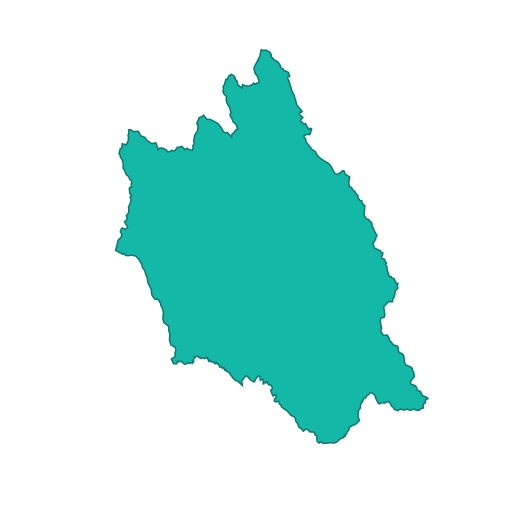 outline of Paucartambo, Cusco, Peru, rotated 167°
{"feature_id": "86281439B72784044291382", "entity_name": "Paucartambo", "entity_type": "district", "adm_level": 2, "iso_a3": "PER", "parent_name": "Peru", "parent_adm1": "Cusco", "projection": "equal_earth", "projection_center": [-71.544, -13.17], "detail": "fine", "context": "isolated", "style": "filled", "palette": "teal", "viewbox_px": 512, "rotation_deg": 167, "n_neighbors": 0, "source": "geoboundaries", "source_scale": "gbopen_adm2", "svg_char_len": 6084}
<svg xmlns="http://www.w3.org/2000/svg" viewBox="0 0 512 512"><g transform="rotate(167 256 256)"><path d="M184.4,418.7L185.4,422.0L184.9,423.0L182.8,423.5L183.0,427.5L187.2,430.7L187.7,432.4L189.3,433.4L189.8,437.1L191.1,440.3L194.7,443.5L195.3,445.4L196.6,446.6L195.8,448.3L196.6,451.4L199.8,454.3L203.6,455.0L204.5,455.9L207.6,449.4L215.0,440.7L215.9,438.9L215.8,434.3L214.2,430.8L213.7,425.1L214.3,424.1L216.9,424.3L218.2,423.5L219.6,425.1L220.7,424.0L224.2,423.1L228.0,424.1L230.4,426.0L231.9,422.8L235.2,426.8L235.1,430.6L236.2,432.0L236.3,434.5L237.1,436.6L239.2,438.6L241.9,437.7L243.9,434.9L245.6,435.0L248.2,430.1L250.0,428.6L250.0,426.7L251.3,423.3L250.4,420.4L248.9,418.2L249.9,414.4L250.0,411.8L248.4,406.7L248.1,401.4L249.4,399.9L249.5,397.5L248.7,396.0L248.1,391.8L245.9,388.8L245.3,383.6L247.3,383.4L250.1,380.9L252.1,380.0L253.0,377.2L256.1,382.7L259.0,383.4L259.6,384.1L261.4,390.0L263.6,394.0L270.0,399.5L273.0,400.2L275.4,405.1L277.2,404.0L280.2,403.6L284.0,398.4L283.3,396.4L283.4,394.9L285.3,390.4L286.7,389.5L289.3,386.1L289.3,385.2L290.7,382.8L291.2,378.9L292.6,377.9L293.3,374.4L294.3,373.5L297.6,374.9L298.9,376.6L301.2,375.5L303.7,379.6L306.2,379.1L308.0,379.7L311.4,376.9L312.8,377.0L313.9,377.9L317.5,377.0L318.8,377.4L319.5,379.6L322.9,382.3L325.9,382.8L327.5,381.6L327.9,388.3L328.6,388.9L332.3,388.9L336.5,393.5L337.5,396.5L341.3,399.1L342.6,404.0L347.7,404.8L349.0,406.6L350.7,407.7L351.7,407.6L352.0,404.9L353.5,402.4L353.6,400.1L354.8,396.6L357.4,393.6L361.1,395.4L362.5,391.3L364.1,391.1L366.5,386.4L365.6,384.6L365.9,383.5L364.6,378.7L364.6,375.8L365.8,371.6L365.1,370.2L364.1,364.3L362.2,362.1L361.8,359.1L360.7,358.0L360.6,355.3L361.2,354.5L361.8,351.3L363.5,351.2L364.3,350.2L364.9,345.4L363.5,342.8L365.4,341.8L365.1,339.3L366.4,336.0L369.3,332.3L369.2,330.7L370.4,326.7L373.3,324.5L373.1,322.2L374.1,320.1L376.3,319.1L375.7,316.0L374.4,313.6L375.4,312.0L377.6,311.7L379.7,313.3L381.2,312.8L382.8,310.0L381.9,308.1L382.3,306.4L383.4,304.3L386.7,302.6L391.5,293.0L385.6,287.8L384.4,288.1L382.9,285.9L380.4,285.0L377.8,285.1L373.2,283.1L370.9,279.0L369.2,273.5L369.2,270.6L367.8,267.1L367.4,261.1L366.8,259.5L367.4,254.7L365.5,246.5L366.3,242.1L365.6,239.4L364.1,236.6L361.8,236.1L360.9,235.0L359.7,231.6L359.8,228.6L359.1,227.2L358.9,222.0L360.8,216.0L360.8,212.0L356.9,207.2L357.8,202.3L357.5,199.4L359.3,193.3L359.2,191.3L358.8,188.4L355.5,185.3L355.2,183.1L355.4,181.8L356.8,179.7L357.5,176.1L361.6,174.7L360.6,169.6L357.6,168.8L356.1,171.4L355.3,170.2L352.9,170.5L349.9,166.6L348.1,166.5L346.9,167.4L345.3,166.3L342.8,166.6L342.0,165.7L341.3,167.4L340.4,167.0L340.3,169.4L339.0,170.1L339.2,171.8L338.9,172.0L338.1,170.9L336.4,171.8L335.1,171.3L334.3,169.8L333.5,169.8L333.3,169.0L332.2,168.4L330.5,168.9L329.5,167.7L328.3,168.1L326.7,167.3L326.2,167.8L325.8,164.2L325.1,164.8L324.8,164.1L323.7,164.0L323.7,163.0L320.8,162.0L320.7,160.9L320.0,161.3L319.4,160.1L318.3,161.0L317.7,159.3L316.8,159.0L316.3,155.8L314.6,155.8L313.9,154.0L312.4,154.6L312.0,151.6L310.8,151.8L310.7,150.2L308.8,149.0L306.0,142.4L304.0,139.3L302.0,138.2L298.4,133.0L298.2,136.2L297.5,137.8L293.3,141.4L291.4,140.7L289.4,136.7L286.4,133.8L285.5,134.0L284.5,135.8L281.8,138.1L280.2,138.7L279.4,137.2L279.7,133.8L277.7,134.5L276.8,133.5L277.8,129.8L277.3,129.6L276.6,131.0L275.1,130.3L273.6,131.1L273.1,130.3L273.5,129.4L272.3,127.4L271.0,127.2L270.0,125.8L269.6,123.4L271.9,121.8L271.1,116.0L270.4,115.6L268.9,116.7L267.7,115.8L268.3,113.8L270.2,112.4L270.8,110.4L269.8,109.4L266.6,109.4L266.5,106.5L265.5,105.5L264.9,102.8L260.4,97.9L257.6,92.6L255.1,91.0L254.3,89.1L254.3,85.8L253.2,83.3L252.7,79.5L251.2,78.2L249.3,74.6L246.3,76.2L244.3,74.8L243.2,72.5L239.3,71.4L238.8,70.7L238.9,69.1L237.1,66.6L237.9,64.4L238.1,61.4L236.5,59.5L234.5,60.6L233.0,58.4L224.6,57.1L222.0,56.1L218.4,56.9L216.6,58.2L213.2,59.4L211.6,59.2L211.3,60.4L209.6,60.2L208.6,62.6L207.6,62.4L207.1,63.9L205.0,65.3L203.0,68.4L195.9,70.0L192.1,72.6L192.8,76.0L192.1,78.9L191.0,81.4L191.0,82.4L188.6,84.4L187.9,87.1L186.4,89.2L185.4,89.7L185.0,91.0L183.6,91.8L183.2,92.9L181.1,93.1L179.0,95.2L177.4,95.6L175.6,97.0L173.5,96.3L171.4,93.5L171.5,91.3L170.0,84.8L168.8,84.1L166.8,84.8L163.5,83.7L161.8,84.4L159.0,84.0L157.5,78.9L156.5,77.9L155.5,75.2L152.2,73.3L150.9,74.2L148.9,74.2L146.7,72.6L143.2,72.7L140.5,70.9L136.8,71.3L133.5,69.2L131.6,69.1L129.9,70.1L127.1,70.3L126.9,72.9L125.2,74.8L123.9,74.8L123.1,77.9L120.5,78.3L121.6,80.1L125.2,82.4L126.2,86.9L129.2,89.2L129.0,91.1L129.7,93.5L134.3,96.8L133.7,98.6L132.0,100.6L129.6,102.1L128.8,103.3L128.5,107.1L129.5,110.1L129.0,111.2L129.9,112.8L134.7,116.2L135.2,118.3L134.5,125.8L135.8,128.2L138.1,129.6L138.8,132.3L138.1,134.5L138.4,136.4L142.1,138.4L143.9,142.4L144.9,143.4L144.7,145.2L145.8,149.4L149.7,150.0L151.3,154.1L150.9,155.8L149.9,157.2L149.6,165.2L147.9,167.8L145.7,167.3L144.6,167.8L143.7,169.7L143.0,177.8L137.1,181.7L133.4,180.7L132.4,183.3L131.4,183.9L129.2,187.8L128.0,190.9L125.2,192.6L124.9,195.4L123.9,197.4L125.9,197.9L125.7,199.6L126.4,201.0L126.3,202.6L128.5,204.0L128.8,205.2L130.8,206.5L131.2,211.3L130.9,216.6L131.8,218.6L130.6,219.7L130.6,220.4L131.5,221.8L131.4,223.8L134.1,225.6L133.8,227.2L132.6,228.4L131.7,230.4L133.2,231.6L133.5,233.0L138.9,237.2L139.2,242.0L135.5,245.5L135.3,247.2L133.8,248.1L133.6,248.9L135.3,254.7L135.3,256.9L136.3,258.3L135.7,261.1L136.3,263.5L137.5,264.4L137.9,266.1L140.1,267.3L141.6,271.6L138.6,280.4L140.5,283.0L140.6,286.0L142.1,286.5L143.8,290.2L143.0,291.8L144.2,293.4L145.3,296.9L146.8,298.4L147.5,301.2L149.4,302.4L149.1,306.8L146.9,311.9L150.0,314.9L150.9,316.6L151.0,319.0L152.2,319.7L157.2,317.4L159.2,317.6L160.7,318.8L162.7,326.3L164.2,329.6L170.4,335.5L173.2,339.3L175.0,344.8L178.0,347.8L178.4,349.9L179.3,350.9L181.6,356.2L181.3,359.1L182.3,360.6L182.6,362.7L178.5,362.9L176.7,362.2L175.8,362.8L173.2,367.2L173.9,368.1L175.7,367.4L177.1,370.3L178.0,373.9L178.8,373.4L180.1,374.5L182.4,378.0L179.1,380.5L181.5,383.3L181.6,385.0L180.8,386.1L179.6,385.7L178.5,386.6L182.2,393.8L182.7,403.5L184.0,409.8L184.4,418.7Z" fill="#14b8a6" stroke="#0f766e" stroke-width="1.5"/></g></svg>